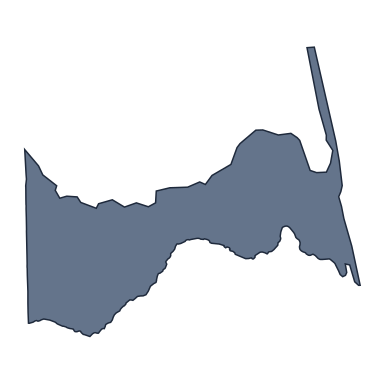 the district of Escambia, Florida, United States of America, rotated 269°
{"feature_id": "52423323B97123089850170", "entity_name": "Escambia", "entity_type": "district", "adm_level": 2, "iso_a3": "USA", "parent_name": "United States of America", "parent_adm1": "Florida", "projection": "mercator", "projection_center": [-87.428, 30.64], "detail": "fine", "context": "isolated", "style": "filled", "palette": "slate", "viewbox_px": 384, "rotation_deg": 269, "n_neighbors": 0, "source": "geoboundaries", "source_scale": "gbopen_adm2", "svg_char_len": 3503}
<svg xmlns="http://www.w3.org/2000/svg" viewBox="0 0 384 384"><g transform="rotate(269 192 192)"><path d="M63.7,26.2L63.6,27.0L64.6,30.8L65.9,33.0L66.2,34.3L65.6,35.5L65.6,36.1L66.0,37.6L66.9,39.3L67.6,41.6L66.4,47.6L64.5,52.4L63.9,53.5L63.0,54.3L62.2,55.6L60.1,60.2L60.0,61.4L59.2,63.8L58.5,64.8L57.6,67.6L57.3,69.6L56.9,70.9L55.0,72.0L54.4,72.7L54.3,74.5L54.9,76.2L55.0,77.4L54.5,78.3L53.5,78.7L51.5,80.8L51.3,81.9L49.3,87.4L52.0,90.1L52.8,91.5L53.1,92.7L52.7,93.9L52.4,95.7L52.9,96.4L53.6,96.8L56.4,99.2L57.1,100.8L56.9,101.9L58.9,102.8L61.0,103.4L61.8,104.7L62.6,106.3L63.1,108.4L65.5,110.1L68.1,111.0L70.5,112.2L72.5,114.2L74.4,117.7L76.0,118.4L77.5,119.7L79.2,121.6L79.4,122.4L81.3,124.0L82.0,124.0L82.4,124.4L85.2,127.9L85.0,130.0L84.7,131.0L86.3,133.1L88.3,135.4L88.6,135.9L89.0,139.0L89.0,141.3L90.1,144.2L93.7,146.6L98.5,148.8L101.1,152.2L102.2,154.4L104.1,155.0L104.4,154.9L108.3,155.8L110.6,156.7L111.2,157.4L111.3,158.4L113.3,161.3L114.9,161.9L116.0,163.6L116.6,164.0L120.3,165.5L122.5,164.5L123.3,164.9L125.6,166.9L126.1,167.8L127.1,168.8L128.6,169.6L130.9,169.6L133.1,172.1L135.2,173.7L137.9,174.5L140.2,175.9L140.4,176.4L140.2,177.4L140.7,179.8L142.7,184.2L142.9,184.2L144.1,185.5L144.5,187.3L144.1,188.4L144.6,190.3L145.6,196.4L145.5,198.2L145.2,199.0L144.7,199.9L144.4,202.5L144.4,202.9L145.0,203.4L145.0,203.6L144.1,206.7L143.3,208.1L142.5,208.7L141.2,209.1L140.4,210.7L139.5,218.3L137.9,223.1L137.2,223.0L136.5,223.5L135.7,224.6L135.6,224.8L136.2,225.5L136.4,226.3L135.6,228.4L134.7,228.9L134.1,229.0L133.9,228.6L133.7,228.6L132.6,229.2L131.9,231.9L130.5,233.7L129.1,234.1L128.9,234.3L124.4,244.5L124.5,247.6L125.1,250.1L125.0,250.5L124.5,250.7L124.1,251.2L124.0,251.5L124.0,252.2L125.2,253.5L125.8,253.9L127.2,253.9L127.7,254.5L130.6,259.0L130.8,261.1L129.9,264.0L128.8,266.0L129.2,266.6L130.4,267.3L130.8,267.8L131.2,270.6L133.0,272.9L137.2,276.8L139.9,277.2L141.1,278.8L143.1,279.7L144.2,279.9L146.2,279.4L150.5,280.1L154.7,281.6L155.5,282.6L156.2,284.5L156.3,286.3L155.7,287.8L154.5,289.2L150.1,292.7L149.2,293.3L148.4,293.8L144.7,295.1L143.5,296.3L142.3,298.0L141.6,298.5L139.5,299.2L137.7,299.1L135.4,298.5L134.0,298.6L132.6,299.0L131.2,300.3L130.8,301.0L130.3,301.8L129.3,304.4L128.1,305.2L126.8,307.2L126.6,308.5L126.7,309.4L127.6,311.5L127.6,312.1L126.3,314.2L123.4,316.9L122.5,318.4L122.3,319.4L122.3,321.6L122.7,328.1L122.2,329.1L119.1,332.7L117.9,333.8L117.1,334.1L110.6,337.2L106.9,338.7L104.7,341.2L106.0,344.0L108.8,345.3L117.4,344.0L116.3,348.4L99.4,353.1L95.8,356.9L95.8,358.5L135.1,350.8L162.7,343.4L175.1,341.2L184.7,338.6L189.7,340.8L195.7,342.3L220.3,339.8L240.5,336.6L334.7,316.8L334.3,309.5L272.7,320.4L246.5,327.3L241.5,327.1L231.1,333.5L218.4,331.0L209.5,326.7L209.2,316.9L211.5,310.5L241.7,300.6L244.4,298.2L248.9,291.9L247.5,279.3L252.8,263.9L252.7,256.9L239.6,240.9L235.6,237.8L218.9,231.4L208.2,212.3L199.3,205.5L201.9,199.9L196.9,187.7L196.6,169.9L193.6,156.3L181.8,155.4L178.0,148.1L182.1,136.2L178.1,124.2L185.6,112.2L181.9,98.4L177.4,96.0L183.5,80.6L189.1,77.1L190.0,66.7L188.1,59.7L196.0,55.3L200.6,56.8L211.7,43.1L220.8,39.0L237.3,25.5L212.9,26.4L211.0,26.5L207.7,26.7L200.8,25.8L200.6,25.9L200.0,25.9L199.6,25.9L198.9,25.9L198.6,25.9L196.6,25.9L187.3,25.8L186.5,25.8L182.2,25.8L181.3,25.9L178.0,25.8L169.3,25.9L160.7,25.9L157.3,25.9L155.8,25.8L132.7,25.9L130.1,25.9L123.1,25.9L120.8,25.8L119.6,25.8L118.4,25.9L116.4,25.9L111.6,25.9L111.2,25.9L95.3,26.2L83.8,26.0L74.7,26.0L63.7,26.2Z" fill="#64748b" stroke="#1e293b" stroke-width="1.5"/></g></svg>